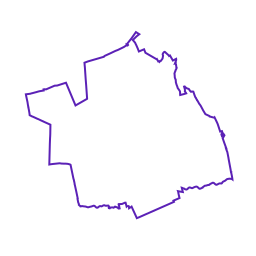 Cortazar, Guanajuato, Mexico, rotated 161°
{"feature_id": "50627088B71980494366589", "entity_name": "Cortazar", "entity_type": "district", "adm_level": 2, "iso_a3": "MEX", "parent_name": "Mexico", "parent_adm1": "Guanajuato", "projection": "natural_earth1", "projection_center": [-100.945, 20.422], "detail": "fine", "context": "isolated", "style": "outline", "palette": "violet", "viewbox_px": 256, "rotation_deg": 161, "n_neighbors": 0, "source": "geoboundaries", "source_scale": "gbopen_adm2", "svg_char_len": 5376}
<svg xmlns="http://www.w3.org/2000/svg" viewBox="0 0 256 256"><g transform="rotate(161 128 128)"><path d="M149.0,39.9L146.6,40.0L139.7,40.6L108.6,43.2L108.7,44.5L102.1,45.0L101.8,48.1L101.7,48.8L101.6,49.8L101.4,50.9L101.3,51.4L101.3,52.0L99.9,51.2L97.0,49.6L96.6,54.0L96.2,53.7L95.9,53.3L95.7,53.0L95.1,52.8L94.7,52.5L94.3,51.9L93.8,51.4L93.2,51.0L92.8,50.8L92.3,50.8L91.7,50.9L91.0,51.3L90.6,51.5L90.0,51.7L89.5,51.8L89.0,51.7L88.5,51.4L87.3,50.4L87.1,50.3L86.8,50.2L86.6,50.2L85.3,50.4L84.3,50.5L83.3,50.5L82.8,50.4L82.3,50.3L81.9,50.0L81.5,49.6L80.8,48.2L80.6,48.0L80.4,47.5L80.2,47.3L79.9,47.2L79.1,47.1L78.5,47.2L77.7,47.2L77.5,47.3L77.3,47.4L77.1,47.5L76.7,47.4L76.6,47.5L76.4,47.6L76.2,47.8L74.5,48.3L74.0,48.4L73.8,48.3L72.8,48.1L72.5,48.1L71.4,48.1L71.2,48.1L70.0,47.8L69.8,47.8L69.5,48.0L69.1,48.0L68.8,48.2L68.5,48.3L68.0,48.4L67.4,48.4L66.3,48.6L66.0,48.7L65.7,48.6L65.4,48.5L65.1,48.4L64.7,48.0L64.5,47.7L64.2,47.1L63.9,46.6L63.6,46.2L63.3,45.9L63.1,45.6L62.8,45.6L61.9,45.5L61.5,45.6L60.3,45.8L59.9,45.8L59.5,45.8L59.1,45.7L57.9,45.2L57.6,45.1L57.3,45.2L57.1,45.3L56.7,45.7L56.3,45.9L55.9,46.2L55.5,46.3L53.8,46.5L53.2,46.6L52.2,47.0L51.6,47.2L51.4,47.3L50.9,47.4L50.5,47.4L50.1,47.3L49.8,47.2L49.4,47.2L49.1,47.2L48.8,47.0L48.3,47.0L48.1,46.9L47.6,46.6L47.1,46.3L46.8,46.3L46.4,46.0L46.0,45.4L45.9,45.8L45.4,48.7L45.0,51.8L45.0,52.2L44.8,52.5L45.0,52.6L44.5,55.5L42.9,66.3L42.8,66.6L41.9,73.0L42.0,74.2L42.0,76.6L42.0,76.8L41.7,76.7L41.8,82.7L41.8,84.1L41.8,87.6L41.6,87.6L39.2,89.7L39.5,90.8L41.6,89.9L41.8,89.9L41.8,91.1L41.5,91.1L41.4,92.0L41.1,92.4L40.2,92.4L40.1,92.6L40.2,92.8L40.2,93.2L40.2,94.5L41.8,94.6L42.0,94.6L41.9,102.4L42.0,103.9L42.7,109.8L43.0,109.6L44.2,110.4L45.6,111.3L45.8,111.5L47.1,112.3L47.1,112.8L50.3,115.9L51.2,120.1L51.4,121.3L51.5,122.2L51.6,122.6L52.0,125.2L52.4,126.7L52.8,127.8L53.2,130.1L53.4,131.1L53.7,131.7L53.6,132.1L53.8,132.8L54.0,133.8L54.0,134.4L54.1,134.5L54.3,135.1L54.4,137.0L54.4,138.7L54.4,138.8L54.4,141.1L55.0,141.3L55.5,141.7L56.6,141.7L57.2,142.8L57.8,145.1L59.5,146.4L60.0,147.2L60.4,147.7L60.8,148.3L60.8,148.7L61.1,148.9L61.5,148.9L61.6,146.6L61.8,145.2L62.3,144.3L62.2,143.7L61.8,142.5L61.7,141.8L64.4,141.9L67.9,142.2L67.7,143.1L67.4,143.9L67.0,145.4L67.0,145.8L67.0,146.2L67.1,146.6L67.9,149.4L68.0,149.7L68.0,149.9L67.9,150.9L68.0,153.2L67.9,154.9L67.9,155.5L67.6,156.5L67.5,157.1L67.2,157.9L67.3,159.5L67.3,160.2L67.3,160.5L67.2,160.9L66.8,162.3L66.5,163.6L66.3,164.3L66.3,164.5L65.8,165.1L65.6,165.4L65.4,165.7L64.9,166.1L64.4,166.9L64.3,167.1L64.1,167.2L63.9,167.4L63.5,167.7L62.9,168.4L62.5,168.9L62.7,169.1L62.3,170.4L62.2,171.0L62.2,171.4L62.0,172.1L62.0,172.3L61.9,172.5L62.0,172.9L62.0,173.5L61.9,173.7L62.6,173.7L60.5,176.3L60.2,176.8L60.1,177.2L60.0,177.7L63.6,177.2L64.7,182.9L65.7,182.7L65.8,183.3L68.4,188.0L68.6,188.1L68.9,188.1L69.2,188.0L69.7,187.8L70.2,187.5L70.8,186.9L71.2,186.5L71.2,186.3L71.3,185.9L71.3,185.3L71.3,185.0L71.4,184.8L72.5,182.8L72.6,182.6L72.8,182.4L73.0,182.2L74.5,181.2L75.2,180.7L75.5,180.7L76.3,180.6L76.6,180.4L76.7,181.0L77.7,181.0L78.2,183.6L78.4,183.5L86.8,193.2L87.0,193.4L87.2,197.2L92.8,196.8L92.9,199.9L93.2,203.7L93.4,205.0L93.5,206.3L94.8,209.6L91.5,211.2L90.0,211.9L86.8,213.0L89.3,216.1L95.4,211.7L101.2,208.0L100.9,206.5L101.5,206.2L102.3,207.3L102.6,206.5L103.2,206.5L105.7,205.9L112.1,205.1L114.8,205.0L118.3,204.6L120.0,204.4L126.3,203.8L127.3,203.5L127.5,203.3L127.6,203.2L131.9,203.4L136.2,203.6L138.0,203.7L144.4,204.0L147.9,203.9L148.5,201.6L149.0,199.5L152.1,188.0L153.7,181.8L157.1,169.1L157.2,168.9L170.3,166.4L171.9,191.0L181.1,191.2L183.6,191.9L192.9,191.2L194.5,191.9L195.3,192.0L195.5,190.9L199.9,191.6L201.2,191.7L203.3,191.8L204.5,191.9L207.4,192.1L208.0,192.2L209.1,192.2L209.7,192.3L213.6,193.1L213.9,191.1L214.6,185.2L214.9,183.6L215.1,182.5L215.4,180.1L215.5,180.1L215.7,178.3L216.3,174.5L216.8,172.1L215.6,170.9L215.3,170.5L214.0,169.4L211.7,167.2L210.9,166.4L210.5,166.1L205.1,160.9L200.3,156.4L200.7,155.2L203.5,147.5L204.4,145.2L204.5,145.0L204.7,144.5L205.3,143.0L206.7,139.4L206.9,138.9L207.8,136.5L214.3,119.1L212.5,118.8L210.6,118.4L204.1,116.9L202.2,115.9L198.7,114.6L197.9,114.3L196.6,113.7L195.4,112.9L194.8,112.5L194.3,111.9L195.1,105.6L196.0,98.5L196.1,97.4L196.1,96.4L196.3,95.4L196.3,94.9L196.4,94.2L196.6,92.8L196.8,92.1L196.8,91.5L197.2,88.1L197.6,84.7L198.3,79.2L198.5,77.6L198.8,77.5L199.3,73.9L199.2,72.1L199.3,71.9L199.5,71.3L199.2,70.8L199.0,70.4L198.5,69.9L198.5,69.4L198.1,69.2L197.3,69.2L197.0,69.1L196.8,69.1L195.7,68.5L193.6,67.5L192.2,66.4L191.6,66.0L189.9,65.9L188.1,65.7L185.8,65.7L185.6,65.6L185.4,65.5L185.2,65.4L185.0,65.2L184.7,64.8L184.4,64.1L184.0,63.4L183.7,63.0L183.4,62.8L182.8,62.6L182.5,62.6L182.2,62.7L181.6,63.0L180.1,63.3L179.3,63.0L178.9,62.7L178.3,62.5L177.7,62.6L177.4,62.7L176.7,62.8L176.0,62.8L175.4,62.6L174.9,62.1L174.1,61.6L173.4,61.5L171.8,61.0L171.5,59.8L171.6,59.6L172.1,59.2L172.2,58.5L171.4,58.0L170.4,58.5L168.6,58.0L168.4,57.9L167.5,57.3L166.3,57.8L166.0,57.9L165.9,57.9L165.7,57.5L165.3,57.4L165.1,57.3L164.8,56.9L164.2,56.7L163.6,55.8L163.2,55.0L163.1,54.9L162.9,54.8L162.1,54.7L161.9,56.6L161.8,58.0L161.6,57.9L161.4,59.0L158.3,58.1L155.2,58.4L154.6,58.2L154.9,54.2L154.5,54.4L152.9,54.0L152.9,53.7L152.7,53.3L153.1,51.8L152.7,51.9L152.3,52.0L151.1,52.2L150.2,52.5L149.9,49.2L149.3,43.2L149.0,40.0L149.0,39.9Z" fill="none" stroke="#5b21b6" stroke-width="2"/></g></svg>